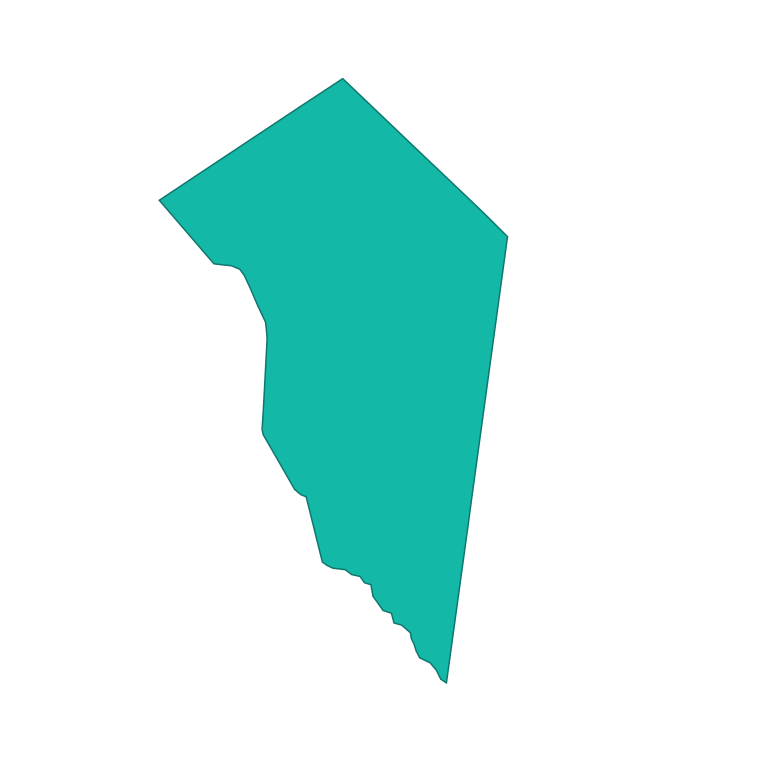 Senador Alexandre Costa, Maranhão, Brazil (Albers equal-area conic projection), rotated 73°
{"feature_id": "56859067B37234724064641", "entity_name": "Senador Alexandre Costa", "entity_type": "district", "adm_level": 2, "iso_a3": "BRA", "parent_name": "Brazil", "parent_adm1": "Maranhão", "projection": "albers", "projection_center": [-43.922, -5.258], "detail": "fine", "context": "isolated", "style": "filled", "palette": "teal", "viewbox_px": 768, "rotation_deg": 73, "n_neighbors": 0, "source": "geoboundaries", "source_scale": "gbopen_adm2", "svg_char_len": 816}
<svg xmlns="http://www.w3.org/2000/svg" viewBox="0 0 768 768"><g transform="rotate(73 384 384)"><path d="M688.1,411.7L546.1,346.0L540.0,343.2L533.4,340.2L526.0,336.8L279.2,222.8L249.7,238.6L215.4,257.9L166.4,285.6L79.9,334.2L93.7,381.3L128.9,499.4L142.6,545.2L219.3,511.5L223.1,503.0L226.2,495.5L232.0,488.4L239.1,485.9L252.6,484.0L272.4,481.8L290.3,479.2L297.7,480.6L306.4,482.5L357.2,501.0L376.8,508.2L391.9,513.9L397.3,514.3L439.1,504.7L458.6,500.3L465.6,495.8L469.1,491.4L536.2,495.0L541.0,491.4L545.2,486.7L550.2,475.4L556.8,470.6L561.0,463.2L568.3,460.8L572.1,455.2L583.8,456.6L591.4,454.0L600.3,451.1L605.4,443.9L615.4,444.3L619.8,437.6L629.6,431.5L635.4,432.3L641.5,431.3L648.6,431.3L656.3,429.9L664.2,421.4L672.8,417.7L682.9,416.0L688.1,411.7Z" fill="#14b8a6" stroke="#0f766e" stroke-width="1.5"/></g></svg>